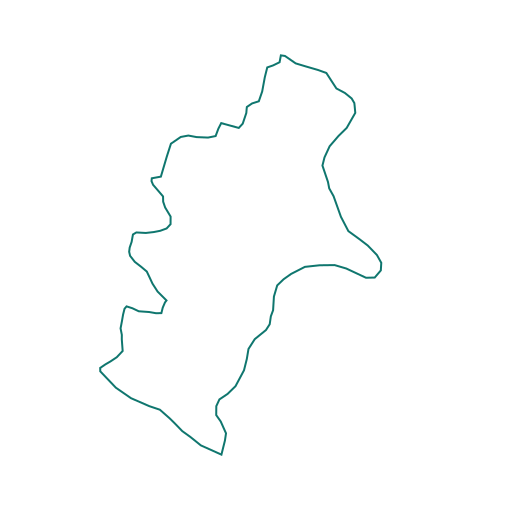 the district of Kota Bharu, Kelantan, Malaysia, rotated 194°
{"feature_id": "92858781B26165935379781", "entity_name": "Kota Bharu", "entity_type": "district", "adm_level": 2, "iso_a3": "MYS", "parent_name": "Malaysia", "parent_adm1": "Kelantan", "projection": "mercator", "projection_center": [102.27, 6.05], "detail": "fine", "context": "isolated", "style": "outline", "palette": "teal", "viewbox_px": 512, "rotation_deg": 194, "n_neighbors": 0, "source": "geoboundaries", "source_scale": "gbopen_adm2", "svg_char_len": 1759}
<svg xmlns="http://www.w3.org/2000/svg" viewBox="0 0 512 512"><g transform="rotate(194 256 256)"><path d="M226.3,207.5L228.8,221.0L228.3,232.6L223.6,240.1L217.6,247.1L205.9,257.3L192.0,262.4L177.5,266.2L165.4,265.7L144.0,261.5L135.6,263.8L131.4,272.2L132.8,279.7L138.9,286.2L150.1,293.2L159.8,297.4L172.4,302.5L183.1,314.6L195.2,332.8L201.3,339.3L204.1,345.3L213.4,359.8L213.4,368.2L211.1,380.3L205.0,392.4L199.0,402.2L194.3,418.9L196.6,425.5L197.6,428.2L201.3,432.0L209.2,435.7L218.5,438.0L225.5,444.5L232.0,450.6L240.9,451.5L253.9,452.0L264.1,452.5L276.3,457.1L280.4,456.7L280.0,449.7L285.6,445.0L290.7,441.7L290.7,431.5L289.8,417.1L290.7,406.8L296.7,403.1L300.9,398.4L300.8,397.4L300.0,392.4L300.9,381.2L303.7,376.1L321.9,376.5L323.3,370.5L324.2,362.6L331.2,359.3L342.4,357.0L350.8,356.5L357.8,353.3L365.7,344.4L366.6,330.9L367.5,310.0L375.9,306.2L375.5,303.4L373.1,300.2L365.2,294.6L360.6,291.3L359.2,286.2L355.9,281.1L348.4,273.6L346.6,266.2L349.4,261.1L355.0,257.3L361.0,254.5L368.5,251.7L377.8,249.9L380.6,247.1L380.1,239.6L380.6,233.6L380.1,229.4L378.2,225.7L372.2,221.0L364.7,217.7L358.2,214.5L354.0,209.4L349.8,204.2L342.9,197.7L332.1,191.2L333.1,188.9L334.0,183.3L334.0,177.7L339.1,176.3L346.1,175.8L356.4,174.0L363.3,175.4L369.4,175.8L370.8,173.0L370.8,167.0L370.3,160.0L369.9,153.0L367.1,147.0L366.1,142.8L362.4,131.6L366.6,124.1L371.7,118.5L375.9,114.4L380.1,109.7L379.2,106.4L360.1,94.3L354.0,92.0L342.9,87.8L323.3,84.5L312.1,83.6L300.5,77.6L294.9,74.3L285.1,68.2L275.8,64.5L263.7,58.9L241.5,54.9L241.5,69.4L242.2,76.7L250.2,86.9L256.1,92.0L258.2,100.7L256.8,108.0L250.2,115.3L244.4,124.7L240.0,142.2L240.0,153.8L240.8,164.0L237.1,175.0L228.4,186.6L226.2,193.1L227.0,201.1L226.3,207.5Z" fill="none" stroke="#0f766e" stroke-width="2"/></g></svg>